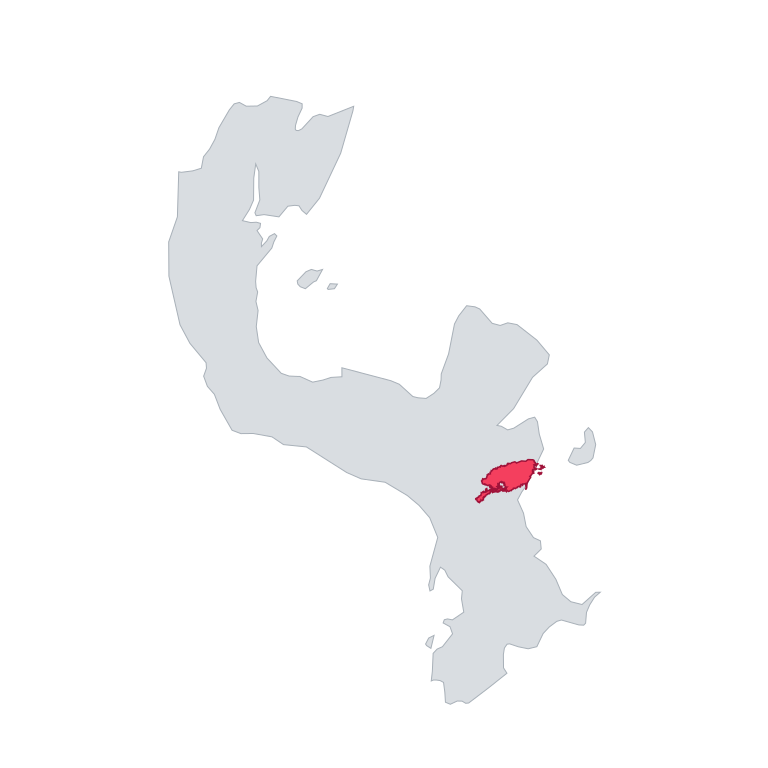 Las Palmas, Veraguas, Panama (highlighted), rotated 232°
{"feature_id": "35544464B23901142884801", "entity_name": "Las Palmas", "entity_type": "district", "adm_level": 2, "iso_a3": "PAN", "parent_name": "Panama", "parent_adm1": "Veraguas", "projection": "natural_earth1", "projection_center": [-81.526, 8.102], "detail": "fine", "context": "in_parent", "style": "filled", "palette": "rose", "viewbox_px": 768, "rotation_deg": 232, "n_neighbors": 0, "source": "geoboundaries", "source_scale": "gbopen_adm2", "svg_char_len": 9101}
<svg xmlns="http://www.w3.org/2000/svg" viewBox="0 0 768 768"><g transform="rotate(232 384 384)"><path d="M677.6,352.9L675.6,354.6L669.7,364.5L666.5,372.9L674.2,381.7L676.5,391.2L680.9,401.4L687.6,411.7L695.2,430.8L697.0,438.4L694.9,443.4L687.7,446.5L681.0,455.4L679.2,466.3L680.5,471.7L660.4,489.1L655.2,492.0L651.8,489.3L647.4,480.6L642.3,473.5L639.5,471.0L637.9,470.9L636.3,472.6L635.6,476.4L638.3,492.7L636.1,499.4L629.3,504.5L621.5,531.1L618.4,527.7L592.5,491.9L570.1,447.5L565.4,427.4L571.2,426.2L576.8,426.7L579.8,423.6L583.3,417.7L580.4,404.1L591.3,393.8L595.3,386.9L598.4,387.7L605.5,399.5L615.8,406.3L628.5,416.2L636.4,418.4L626.4,408.1L609.2,394.4L604.4,385.5L599.9,373.0L593.2,378.4L590.1,383.0L586.6,385.6L583.6,382.5L583.1,378.4L573.0,377.7L570.4,374.0L567.7,372.0L568.9,379.7L570.9,384.5L569.9,390.3L566.6,390.7L563.8,384.7L560.2,379.3L555.3,356.7L543.9,346.0L538.6,342.5L534.3,341.1L527.9,333.9L519.4,330.0L507.9,318.7L493.8,310.7L476.6,307.8L455.7,309.6L448.7,314.1L443.9,319.7L441.7,322.4L429.4,328.9L424.7,338.3L421.8,346.3L415.6,355.3L422.7,360.8L382.4,391.4L374.4,395.9L356.4,399.0L352.2,402.3L346.7,408.3L345.9,417.6L346.8,425.4L352.0,431.4L356.7,435.3L368.0,453.5L387.9,476.5L391.7,484.9L394.8,497.3L388.8,503.2L384.2,505.6L365.2,506.6L358.6,511.6L356.0,519.2L348.9,525.4L324.4,531.5L305.2,532.2L299.2,525.1L297.8,505.1L284.8,471.0L281.8,447.5L278.5,450.4L271.7,453.2L269.3,459.0L267.6,476.3L265.1,482.3L259.8,481.7L248.9,475.5L234.5,469.8L216.1,433.0L214.1,426.1L210.5,417.9L196.3,414.4L184.1,408.2L170.9,407.2L164.1,410.7L157.2,406.3L156.0,396.2L142.1,400.7L124.3,399.2L108.3,394.9L97.4,397.2L88.3,404.3L89.5,422.6L86.8,426.2L86.4,418.7L83.3,410.1L79.4,403.0L71.4,395.6L71.0,392.9L74.2,389.2L88.8,378.5L90.6,374.0L90.8,364.7L89.4,355.8L82.9,342.7L86.6,334.6L94.2,328.1L101.9,323.0L103.2,320.8L101.8,316.3L97.3,311.5L86.7,303.4L80.4,302.8L80.2,279.3L80.5,254.3L82.1,251.8L86.0,250.3L89.1,246.5L90.8,239.1L95.4,236.5L103.7,242.2L112.2,247.2L115.8,245.6L118.4,243.1L120.3,240.7L120.9,238.4L127.7,245.1L141.5,256.9L142.4,262.7L141.0,268.3L144.9,284.2L152.1,286.6L159.3,283.5L161.1,286.4L159.8,289.4L156.0,292.7L155.1,306.4L167.0,312.8L172.9,318.4L192.6,315.8L199.9,317.3L204.9,315.7L199.4,304.6L192.0,296.5L192.6,292.8L198.2,295.5L202.5,301.1L212.2,308.0L230.0,331.9L250.5,337.7L266.7,336.9L281.8,333.7L305.9,324.4L323.3,307.6L337.2,300.1L382.2,284.1L398.1,267.5L404.9,265.3L411.3,263.2L425.5,250.5L433.0,240.7L441.1,235.8L464.9,239.3L480.3,244.0L490.9,243.4L501.2,246.7L505.7,253.8L510.3,256.9L535.5,256.1L556.2,259.7L601.4,280.9L628.5,301.8L642.9,324.1L677.6,352.9ZM223.8,518.2L217.9,518.8L205.9,513.5L197.1,503.2L196.4,499.8L196.6,496.4L201.4,485.8L207.8,482.2L210.4,482.2L216.5,494.4L212.3,499.1L214.0,506.7L222.7,512.3L223.8,518.2ZM514.2,400.8L512.1,406.1L507.0,394.3L507.8,391.3L507.5,380.7L512.2,377.9L515.8,377.6L518.7,379.1L520.5,391.6L519.0,397.3L514.2,400.8ZM156.3,262.8L155.1,268.7L146.8,258.2L151.7,256.5L153.5,256.7L156.3,262.8ZM496.2,403.3L491.4,408.8L489.6,403.6L492.9,398.2L494.1,398.1L496.2,403.3Z" fill="#d9dde1" stroke="#a8b0b8" stroke-width="1"/><path d="M219.0,431.0L219.8,431.4L219.8,431.9L219.1,432.6L218.2,434.8L217.8,434.6L217.6,433.7L214.8,432.2L214.1,431.1L213.8,431.0L213.7,431.2L214.3,432.5L217.3,435.2L218.2,436.7L219.8,440.8L220.0,441.9L220.6,442.4L221.4,442.1L221.7,444.5L222.3,446.3L221.7,446.6L221.6,447.2L222.2,447.0L222.9,448.0L223.3,447.4L223.6,447.7L223.7,447.4L224.1,447.9L224.3,447.7L224.8,448.1L225.0,448.7L224.7,449.4L223.7,449.9L224.3,450.5L224.3,450.8L223.9,451.0L223.3,450.6L223.2,450.3L223.0,452.0L223.6,451.4L224.0,451.9L225.6,450.9L225.8,451.2L226.3,451.0L226.6,451.5L227.2,452.2L228.1,452.3L227.9,453.0L226.8,453.6L226.8,453.9L226.6,453.1L226.2,453.5L225.7,453.5L226.3,454.4L226.1,454.9L226.7,455.1L226.3,456.2L226.7,456.1L227.0,454.7L227.9,454.4L228.9,454.8L229.0,454.6L230.0,454.4L230.3,454.8L230.6,454.6L231.4,455.2L232.6,454.7L235.8,450.9L235.8,448.2L238.7,445.0L240.2,439.7L240.9,439.7L242.1,439.2L243.4,436.1L243.4,434.5L244.4,433.7L244.4,432.8L245.2,432.8L245.1,432.0L244.9,432.0L244.7,432.1L244.7,431.6L244.4,431.4L244.7,430.1L244.5,429.8L244.7,429.5L244.6,429.3L244.8,428.9L245.0,428.9L245.0,428.4L245.5,428.5L245.6,428.1L245.8,428.2L246.0,427.0L247.5,426.4L247.7,426.0L247.4,425.9L247.5,425.3L247.0,424.6L247.7,424.2L247.8,422.9L248.5,422.2L248.3,421.5L247.6,421.2L247.5,420.8L248.3,419.6L249.0,420.0L249.0,419.2L249.7,418.0L249.4,417.7L249.6,417.3L249.2,415.6L249.7,415.2L249.2,414.9L248.9,414.1L249.1,413.2L247.7,412.5L248.3,411.3L248.8,411.0L248.5,410.5L248.8,410.3L248.6,409.9L248.8,409.2L248.1,409.0L247.6,407.8L247.0,407.4L246.6,405.8L247.2,405.5L247.6,404.1L248.6,403.5L248.2,402.8L247.7,402.8L247.6,401.2L246.6,400.8L246.1,401.0L245.3,400.3L244.3,400.4L243.2,401.2L243.4,401.7L243.1,402.0L242.8,402.0L242.5,401.7L242.2,402.2L241.9,402.1L241.8,402.5L240.5,402.9L240.4,403.2L239.9,403.4L239.7,404.8L238.7,405.1L238.4,404.6L238.2,404.9L238.4,405.6L237.4,405.7L237.5,404.3L237.7,403.9L236.9,403.7L236.7,404.0L237.0,404.1L237.3,404.7L236.9,404.7L235.7,406.0L235.2,405.3L235.7,404.6L235.4,404.7L235.0,404.1L234.7,404.3L234.7,403.9L235.1,403.7L234.9,403.4L233.9,403.8L234.5,403.0L233.8,402.7L234.1,402.5L233.8,402.1L233.2,402.0L232.9,402.9L233.3,402.9L233.3,403.8L233.8,404.0L233.4,405.1L233.8,405.4L234.0,404.3L234.3,404.7L234.0,405.6L234.1,406.1L233.7,407.0L231.9,408.0L231.7,408.6L231.9,409.0L231.5,409.0L231.3,408.8L231.6,408.7L231.3,408.2L231.6,408.2L231.5,407.3L231.3,407.0L230.5,407.2L230.5,406.3L229.9,406.0L229.5,407.0L229.0,406.9L228.6,407.3L228.6,407.9L229.0,408.4L228.4,408.6L228.6,409.2L228.3,409.7L229.0,410.0L228.9,410.9L228.0,411.1L227.9,411.5L226.9,411.6L227.2,412.3L227.0,412.6L226.4,412.1L226.1,412.2L225.3,413.4L225.2,414.0L223.7,414.2L224.4,415.5L222.7,415.9L222.3,417.0L222.4,417.9L221.6,418.7L222.0,419.4L221.6,420.9L222.2,421.7L221.7,422.6L220.8,422.9L220.9,423.3L220.3,425.3L220.7,425.4L220.8,425.8L220.2,427.6L220.0,427.8L219.4,427.6L219.0,427.8L219.0,428.5L219.8,429.1L220.5,430.1L219.6,430.9L219.0,430.7L219.0,431.0ZM226.4,414.0L227.8,415.1L227.9,414.8L227.6,414.6L227.8,414.3L227.6,413.3L228.1,413.6L228.4,413.3L228.1,413.2L228.4,412.6L229.5,412.8L230.1,412.3L230.4,412.9L230.2,413.5L230.6,413.8L230.7,413.5L231.1,413.6L231.3,412.9L231.8,412.9L232.2,411.8L232.1,411.5L231.8,411.4L231.3,412.3L230.5,412.0L230.5,411.3L231.0,411.0L231.0,410.2L231.6,410.3L231.6,410.9L231.7,410.6L231.9,410.7L231.8,411.3L232.1,411.4L232.5,411.1L233.0,411.5L233.1,412.3L233.4,412.7L233.8,412.6L233.4,412.1L233.9,411.6L233.6,411.5L233.6,410.8L233.3,410.6L233.2,410.0L233.7,409.8L233.7,411.4L234.9,412.1L234.4,412.2L234.0,411.7L234.1,412.7L234.9,412.7L234.5,413.5L235.3,414.4L235.0,415.1L235.0,416.2L234.0,416.0L234.0,416.7L233.5,416.5L233.3,417.1L232.9,417.0L232.8,417.6L232.4,417.2L232.1,417.5L232.2,417.9L231.7,418.0L231.3,417.5L231.3,416.9L230.5,416.7L230.4,416.0L230.2,416.6L230.0,416.1L229.3,416.7L228.5,416.5L228.3,416.7L228.1,416.4L227.3,416.5L227.0,417.1L226.9,416.5L226.5,416.1L226.9,415.6L226.5,415.5L226.8,415.2L226.1,415.1L226.1,414.4L225.8,414.1L226.3,413.4L225.9,413.3L226.1,413.1L226.6,413.2L227.1,412.8L227.3,413.5L226.9,413.4L227.1,413.7L226.4,414.0ZM232.8,399.1L232.6,399.7L233.1,400.4L232.9,400.7L233.3,401.0L233.2,401.6L233.7,401.9L234.5,401.8L234.7,402.4L235.4,402.4L235.6,402.0L235.4,401.8L235.4,401.0L235.8,400.6L236.1,399.4L235.9,398.5L236.6,398.2L236.3,397.3L236.5,397.1L236.9,397.4L236.9,396.5L237.7,396.3L237.6,396.0L237.9,396.1L237.8,395.7L238.1,395.8L238.3,395.0L237.9,393.8L238.3,393.6L237.8,393.3L237.0,392.1L236.5,391.7L237.0,390.7L236.9,390.3L237.2,389.7L236.5,388.9L237.0,388.0L236.7,387.6L236.7,387.0L237.1,386.8L237.2,385.7L236.9,385.4L236.2,385.3L235.4,385.9L234.7,385.5L233.8,385.4L232.9,385.6L232.9,386.1L232.4,386.1L232.5,386.3L231.9,386.4L232.2,387.0L232.0,387.4L232.5,387.9L232.4,388.8L232.7,389.0L231.7,389.2L231.9,390.1L231.6,390.2L231.5,391.0L232.0,391.1L232.4,391.9L233.0,392.1L233.0,392.9L233.4,392.4L233.7,393.3L233.2,395.4L233.7,396.2L233.6,397.1L233.3,397.3L233.6,398.6L233.4,399.0L232.8,399.1ZM230.6,406.0L231.2,406.0L231.9,406.8L232.4,406.4L232.6,406.9L233.0,406.9L233.1,406.6L232.8,406.0L233.2,405.6L232.8,405.2L233.4,404.6L232.6,403.7L232.9,403.0L231.7,402.8L231.8,403.3L231.3,403.8L231.8,404.0L230.9,405.1L230.6,406.0ZM220.9,456.2L220.8,455.9L220.7,456.2L220.8,457.5L219.9,457.3L219.8,457.9L220.1,458.3L219.7,459.1L220.1,459.0L220.5,459.3L220.6,458.5L220.9,458.1L221.2,458.9L221.3,456.1L220.9,456.2ZM217.0,451.1L216.9,450.2L216.7,450.8L216.8,451.9L216.3,452.5L216.6,453.0L216.8,452.1L217.1,452.7L217.6,452.6L217.7,452.9L217.8,452.7L218.0,452.9L217.8,452.5L218.1,451.4L217.8,451.0L217.8,450.5L217.5,451.1L217.0,451.1ZM238.4,400.6L238.5,399.8L238.1,399.8L238.1,398.9L237.6,398.4L236.6,398.3L236.7,399.1L237.5,399.2L237.5,400.2L238.4,400.6ZM218.9,450.5L218.6,450.5L218.5,451.6L218.9,451.6L218.9,450.5ZM220.9,454.6L221.0,454.1L220.6,454.7L220.9,454.6ZM222.9,457.4L223.1,456.9L222.8,457.0L222.9,457.4ZM221.4,453.8L221.1,454.1L221.5,454.0L221.4,453.8ZM222.7,457.9L222.9,457.7L222.7,457.7L222.7,457.9Z" fill="#f43f5e" stroke="#9f1239" stroke-width="1.5"/></g></svg>